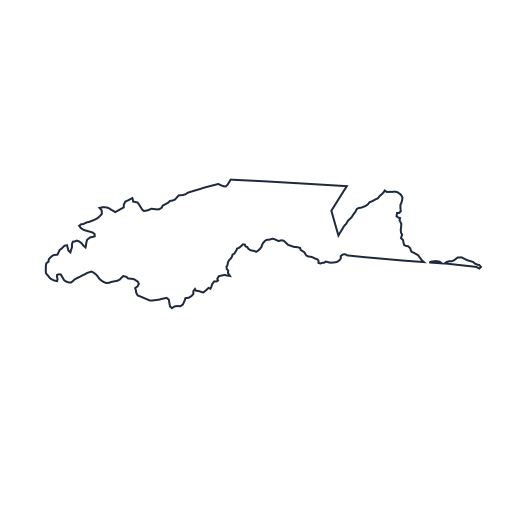 Tracuateua, Pará, Brazil (Albers equal-area conic projection), rotated 242°
{"feature_id": "56859067B98694132749853", "entity_name": "Tracuateua", "entity_type": "district", "adm_level": 2, "iso_a3": "BRA", "parent_name": "Brazil", "parent_adm1": "Pará", "projection": "albers", "projection_center": [-46.953, -1.066], "detail": "fine", "context": "isolated", "style": "outline", "palette": "slate", "viewbox_px": 512, "rotation_deg": 242, "n_neighbors": 0, "source": "geoboundaries", "source_scale": "gbopen_adm2", "svg_char_len": 4535}
<svg xmlns="http://www.w3.org/2000/svg" viewBox="0 0 512 512"><g transform="rotate(242 256 256)"><path d="M371.9,140.4L368.8,141.2L365.6,139.7L364.5,136.8L363.8,133.9L363.8,131.5L363.9,129.0L364.2,127.2L364.4,124.9L365.1,122.6L365.2,120.8L365.3,118.4L366.1,116.5L365.7,114.0L362.6,114.6L360.3,115.9L358.7,117.3L357.0,119.1L355.4,120.8L353.3,122.9L351.1,123.8L349.1,122.8L349.6,120.4L350.3,118.5L349.7,114.7L347.9,112.8L345.3,110.9L343.6,109.5L346.2,108.5L349.4,107.9L352.0,106.6L353.8,104.9L353.9,103.1L354.6,101.0L352.7,98.9L350.5,97.9L349.2,96.7L348.0,95.3L346.3,93.8L348.8,92.9L351.5,93.5L354.2,94.2L355.0,91.8L354.4,89.8L353.8,87.8L353.5,85.5L352.0,83.5L350.4,81.3L351.2,79.4L351.9,77.2L351.4,74.4L350.4,71.5L348.4,70.1L348.1,67.6L346.4,66.1L344.3,64.9L341.6,63.4L339.7,62.5L337.8,62.7L336.1,63.2L334.0,63.5L332.2,64.1L330.7,65.1L328.9,66.5L327.2,68.6L328.8,69.9L331.3,70.6L332.7,71.5L332.4,73.4L331.4,74.9L328.4,75.1L324.8,75.2L322.5,76.4L320.7,78.1L319.5,80.0L319.7,82.1L320.4,84.5L320.5,87.1L320.4,89.2L320.3,91.1L320.4,93.4L320.2,95.9L320.3,99.0L319.5,103.4L317.6,104.8L314.7,106.1L312.0,106.7L309.4,107.0L307.1,107.9L304.7,109.2L302.6,110.9L301.3,113.7L301.0,116.2L299.2,122.1L299.2,124.9L300.2,127.7L300.6,129.4L298.4,131.8L296.2,132.5L295.3,133.9L294.2,135.6L292.5,137.6L290.3,138.8L288.7,139.6L286.4,139.5L284.8,137.2L284.4,134.2L282.3,133.9L279.9,133.0L276.7,133.0L274.8,134.7L266.6,141.3L265.6,143.0L264.4,146.2L263.0,149.8L262.3,152.9L260.9,157.5L258.4,158.5L251.9,156.4L249.4,157.3L249.7,160.2L249.2,162.1L247.1,165.8L247.6,168.8L250.1,172.0L251.9,173.9L250.7,176.9L250.9,180.0L251.8,182.8L254.3,184.1L255.5,186.6L253.7,186.6L251.6,189.3L248.5,192.3L249.2,195.7L250.1,199.2L248.5,200.4L249.8,202.1L251.9,204.3L253.2,207.2L252.1,209.0L252.2,211.0L254.0,211.1L255.6,213.6L255.0,216.1L254.0,219.3L251.8,222.0L250.6,223.6L254.2,223.3L256.1,224.6L258.3,224.1L260.2,224.8L261.3,226.5L263.5,228.2L265.0,230.4L265.6,232.5L266.8,234.6L268.2,235.9L268.3,238.1L269.3,239.8L270.2,241.4L271.4,242.6L271.2,245.1L271.8,247.8L272.4,250.0L271.3,251.5L269.4,251.3L268.0,252.5L266.0,252.6L263.6,253.9L262.3,255.5L261.3,256.9L259.6,258.0L259.7,260.0L260.4,262.6L261.4,265.0L262.8,266.4L264.1,268.2L265.2,271.2L265.2,273.0L264.1,275.7L263.5,278.7L262.2,280.2L259.9,281.9L258.6,283.0L258.0,285.7L256.4,287.7L250.7,289.6L249.3,290.9L246.1,293.9L245.1,295.6L244.0,297.1L242.4,298.7L240.3,298.3L236.7,300.4L234.8,300.5L233.1,300.6L231.5,301.5L230.3,303.0L229.2,304.5L227.7,305.8L225.8,307.1L224.2,308.7L222.3,308.9L220.6,307.9L219.1,309.4L218.9,311.2L218.1,312.9L218.3,315.1L215.7,317.8L214.6,319.6L213.2,323.1L212.8,324.8L212.9,326.6L213.3,328.5L214.4,330.0L216.2,330.8L216.6,333.5L215.4,335.9L213.8,336.7L204.4,350.7L194.0,366.7L182.6,384.2L171.8,401.4L174.3,400.4L176.6,400.1L178.3,399.8L180.7,399.5L184.8,396.8L186.7,395.3L188.7,395.4L190.5,395.8L193.2,394.9L194.6,393.0L196.1,392.0L198.3,392.4L201.0,393.3L203.8,392.4L206.2,395.0L208.5,395.0L211.0,396.0L213.4,397.7L216.2,399.4L220.1,399.5L221.9,401.0L223.1,399.7L225.1,398.7L227.8,400.8L226.8,402.7L227.5,404.8L230.4,406.0L233.2,407.4L234.4,409.0L236.7,411.2L238.7,412.7L240.8,412.8L242.5,412.6L246.0,410.8L247.8,408.6L248.6,406.5L251.2,401.5L253.4,400.4L252.4,398.8L251.5,396.2L250.8,393.1L249.7,390.5L249.9,388.7L249.8,384.7L250.1,381.3L249.1,379.1L248.7,376.1L249.3,371.5L250.1,369.4L250.2,367.2L248.3,364.4L247.1,361.7L245.7,359.3L244.9,357.3L244.0,353.7L242.0,350.7L241.5,348.8L240.5,346.8L238.7,344.0L237.0,340.9L235.4,338.4L245.9,340.6L260.6,343.8L272.0,363.6L275.0,369.0L293.9,338.1L317.1,300.0L318.3,298.0L335.3,269.5L334.1,267.4L332.3,264.4L331.6,261.9L332.5,260.4L334.6,258.5L337.3,256.5L340.6,242.8L341.3,238.7L343.6,227.3L343.9,225.2L343.6,222.9L344.0,220.7L344.6,218.9L345.8,216.2L345.0,214.1L343.9,211.0L344.1,208.5L345.0,205.9L344.3,203.4L344.3,197.2L342.9,195.5L342.7,192.3L343.8,190.2L345.3,188.0L346.8,185.9L347.1,182.2L347.8,179.7L348.4,178.1L350.4,177.3L353.0,177.1L356.2,176.9L358.8,176.6L361.7,173.1L363.4,173.7L365.2,174.0L365.2,168.9L365.4,166.2L363.5,163.5L361.0,162.0L361.0,158.8L360.9,156.2L360.9,154.4L360.8,152.3L363.1,151.0L365.0,149.8L367.0,148.7L368.3,147.6L369.7,145.9L371.0,143.7L371.9,140.4ZM140.7,449.5L143.2,448.9L144.4,447.4L146.6,445.7L148.7,444.9L151.2,442.6L152.3,441.2L154.3,439.7L158.3,436.8L160.0,433.3L159.2,428.7L159.6,426.1L160.6,424.4L161.2,421.7L160.9,419.1L143.0,445.3L140.1,447.3L140.7,449.5ZM162.2,416.7L164.7,415.5L166.4,413.4L167.3,411.9L168.7,408.2L168.9,406.0L162.2,416.7Z" fill="none" stroke="#1e293b" stroke-width="2"/></g></svg>